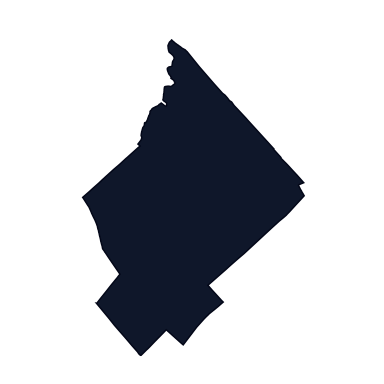 Boldesti-Gradistea, Prahova, Romania, rotated 81°
{"feature_id": "2599482B94191000455949", "entity_name": "Boldesti-Gradistea", "entity_type": "district", "adm_level": 2, "iso_a3": "ROU", "parent_name": "Romania", "parent_adm1": "Prahova", "projection": "mercator", "projection_center": [26.525, 44.882], "detail": "fine", "context": "isolated", "style": "filled", "palette": "ink", "viewbox_px": 384, "rotation_deg": 81, "n_neighbors": 0, "source": "geoboundaries", "source_scale": "gbopen_adm2", "svg_char_len": 5589}
<svg xmlns="http://www.w3.org/2000/svg" viewBox="0 0 384 384"><g transform="rotate(81 192 192)"><path d="M335.0,274.9L337.8,273.1L341.4,270.8L342.4,270.3L342.5,270.2L342.8,270.2L343.1,270.0L343.3,270.0L344.1,269.4L344.5,269.1L345.1,268.6L345.2,268.4L345.3,268.2L345.3,267.8L340.6,261.3L340.0,260.3L338.0,257.6L333.9,252.2L329.4,246.1L325.3,240.6L324.0,239.0L339.6,226.3L340.8,225.3L341.6,224.6L326.1,208.4L319.2,199.9L317.2,197.2L316.2,195.7L314.7,193.7L314.2,192.7L313.8,192.1L313.6,191.7L309.0,183.8L305.6,178.4L303.7,179.8L291.7,187.7L286.6,190.9L273.6,170.3L271.8,167.6L270.0,164.8L265.7,158.0L260.8,150.0L239.7,118.5L234.2,110.1L231.7,105.8L231.2,105.0L229.7,102.6L228.7,101.4L226.8,98.8L220.8,91.3L213.3,81.8L210.6,82.8L209.6,83.3L208.2,83.7L206.0,84.6L204.3,85.1L203.7,85.3L202.9,85.6L202.4,85.7L201.9,85.8L201.6,85.5L201.2,84.0L200.3,80.2L198.9,81.1L192.3,85.3L186.5,89.2L179.7,93.7L172.4,99.0L172.2,98.8L171.9,98.7L162.5,104.8L162.2,104.4L129.7,125.8L127.6,127.1L123.6,129.8L117.4,134.0L113.5,136.7L112.0,137.5L110.9,138.0L109.3,138.8L108.1,140.1L108.0,140.5L104.8,142.2L101.6,144.2L99.3,146.4L88.3,153.5L69.5,165.2L52.6,174.9L51.8,175.6L50.5,176.5L49.1,178.4L48.7,178.9L48.3,179.4L48.1,179.6L47.6,180.0L46.8,180.7L46.4,181.1L46.1,181.5L44.6,182.9L44.3,183.4L43.8,183.8L42.8,184.8L42.1,185.5L41.2,186.2L40.6,186.7L40.0,187.3L39.5,187.7L38.9,188.1L38.6,188.3L38.7,188.5L39.2,188.9L39.4,189.2L39.8,189.8L40.4,190.7L40.8,191.1L41.3,191.3L42.1,191.9L42.9,192.4L43.4,192.7L43.9,192.9L44.5,192.9L46.1,193.0L46.4,193.0L46.8,193.1L47.1,193.0L48.4,193.0L49.6,192.8L50.3,192.7L50.5,192.5L50.8,192.2L51.0,192.0L51.3,191.8L51.6,191.5L52.5,190.7L52.9,190.4L53.3,190.1L53.6,189.9L53.9,189.6L54.3,189.3L54.8,189.1L55.4,189.0L55.9,188.8L56.4,188.4L56.7,188.6L56.9,188.7L57.1,188.7L57.6,188.9L57.9,189.0L58.2,189.1L58.5,189.4L58.9,189.6L59.1,189.8L59.3,190.0L59.6,190.4L60.0,190.6L60.5,190.9L60.7,191.0L61.9,191.3L63.1,191.7L63.9,191.9L64.2,192.0L64.5,192.1L64.7,192.4L64.8,192.8L64.9,195.1L65.0,195.5L65.5,196.3L65.7,196.7L65.8,196.8L66.0,197.0L66.5,197.1L66.8,197.2L67.2,197.2L67.5,197.2L68.6,197.1L69.0,197.0L69.4,196.9L69.9,196.8L70.9,196.6L71.4,196.5L72.0,196.3L72.6,196.0L72.9,195.8L73.4,195.4L75.1,194.8L75.3,194.7L75.6,194.5L75.8,194.5L76.0,194.8L76.3,195.0L76.4,194.9L76.7,194.7L77.1,194.3L77.5,193.8L78.1,193.2L79.0,192.5L79.3,192.4L79.5,192.3L80.0,192.2L80.4,192.2L80.7,192.1L80.8,191.9L81.0,191.8L81.3,191.7L81.6,191.6L81.9,191.8L82.2,192.0L82.9,193.0L83.1,193.5L83.4,194.1L83.6,194.3L83.8,194.7L84.1,195.2L84.4,195.8L84.4,196.0L84.5,196.2L84.5,196.3L84.5,196.5L84.4,196.6L84.3,197.0L84.2,197.2L83.9,198.2L83.8,198.7L83.7,199.0L83.7,199.8L83.7,200.3L83.6,201.2L83.7,201.5L83.7,202.0L83.8,202.4L83.9,202.6L84.1,202.7L84.3,202.8L84.7,203.0L85.0,203.1L85.3,203.1L85.8,203.3L86.1,203.4L86.5,203.5L87.1,203.5L87.3,203.6L87.6,203.7L88.0,203.8L88.3,203.9L88.6,203.9L89.1,204.0L89.4,204.1L90.4,204.5L91.2,204.8L91.5,204.9L92.2,204.9L92.4,205.0L93.0,205.2L93.4,205.3L94.0,205.5L94.4,205.5L94.7,205.6L95.0,205.7L95.9,206.1L96.2,206.3L96.4,206.3L96.6,206.3L97.1,206.0L97.5,205.7L98.0,205.3L98.6,204.6L99.5,203.7L99.8,203.3L100.0,203.3L100.1,203.2L100.4,203.3L101.0,203.3L101.3,203.4L101.5,203.4L102.2,203.4L102.4,203.4L102.7,203.5L102.9,203.6L103.0,203.7L103.3,204.3L103.1,204.5L102.6,205.2L102.2,205.7L102.0,206.0L101.4,206.5L100.1,207.7L99.9,208.0L99.3,208.5L99.7,209.2L100.1,210.0L100.3,210.5L100.4,210.8L100.5,210.9L100.9,211.3L101.1,211.5L101.5,212.2L101.8,213.3L102.1,214.6L102.3,215.1L102.5,215.7L102.6,215.9L102.6,216.0L102.8,216.6L102.9,217.0L103.0,217.2L103.1,217.4L103.1,217.6L103.4,218.1L103.6,218.4L103.8,218.7L104.1,218.9L105.0,219.7L105.1,219.9L105.2,220.2L105.4,220.4L105.5,220.5L105.8,220.8L106.3,220.9L106.7,220.9L107.2,221.1L107.7,221.3L109.0,221.9L109.7,222.6L110.0,222.7L110.2,222.9L110.7,223.1L112.2,224.0L112.6,224.2L113.2,224.4L113.4,224.5L113.5,224.6L114.3,225.2L114.7,225.4L115.0,225.7L115.5,226.1L116.2,226.5L116.3,226.5L116.4,226.8L116.3,227.0L116.1,227.3L116.1,227.6L116.2,227.9L116.3,228.0L116.8,228.2L117.4,228.3L117.7,228.4L118.6,228.7L119.0,228.9L119.6,229.3L119.9,229.6L120.1,229.9L120.2,230.0L120.4,230.2L120.6,230.4L121.2,230.7L122.0,231.1L122.5,231.3L123.1,231.6L123.9,231.9L124.6,232.3L125.3,232.5L126.1,232.8L127.0,233.1L127.8,233.3L128.0,233.4L128.5,233.4L129.5,233.2L130.4,233.1L130.7,233.1L131.4,233.5L132.8,234.3L133.0,234.5L136.2,237.9L138.5,236.1L139.9,238.5L142.9,243.1L144.9,246.2L148.2,251.3L148.4,251.7L150.4,254.7L153.4,259.2L157.5,265.9L165.7,278.4L167.5,281.0L168.1,281.9L168.2,282.0L168.4,282.2L168.4,282.3L169.5,284.0L170.9,286.2L172.8,289.2L175.5,293.3L180.1,300.6L180.2,300.8L181.5,300.2L188.9,297.0L189.7,296.6L190.8,296.1L194.1,295.2L196.0,294.7L196.6,294.6L197.6,294.4L198.7,294.0L199.9,293.7L205.3,292.0L206.0,291.9L207.0,291.6L208.0,291.4L210.6,290.9L211.0,290.8L211.4,290.8L211.8,290.8L212.5,290.8L213.2,290.7L213.9,290.7L214.6,290.5L215.6,290.4L216.8,290.4L217.9,290.3L218.4,290.2L219.0,290.2L219.9,290.2L221.5,290.1L222.8,289.9L223.3,289.9L224.8,289.8L225.7,289.8L226.5,289.8L226.9,289.7L228.0,289.6L229.3,289.5L230.8,289.3L231.5,289.2L231.8,289.2L232.3,289.2L233.5,289.2L234.2,289.1L234.8,288.8L235.4,288.5L236.3,288.0L236.7,287.8L237.3,287.7L238.3,287.1L242.7,285.1L243.8,284.6L247.6,282.8L249.3,282.0L251.4,281.0L261.9,276.0L263.5,277.8L264.6,278.9L266.1,280.5L266.3,280.9L267.0,281.6L271.1,286.2L273.3,288.6L276.2,291.7L279.1,294.9L282.0,298.1L286.1,302.5L286.9,303.4L287.0,303.5L286.9,303.8L297.2,297.7L304.3,293.5L306.3,292.4L311.6,289.4L326.6,280.0L335.0,274.9Z" fill="#0f172a" stroke="#020617" stroke-width="1.5"/></g></svg>